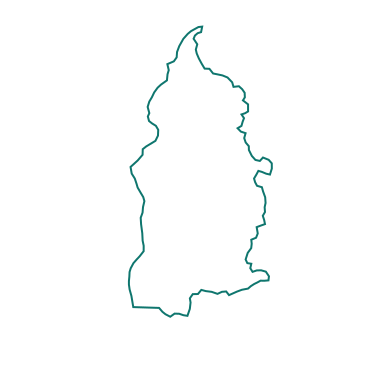 the district of Buriti de Goiás, Goiás, Brazil, rotated 316°
{"feature_id": "56859067B41653153753174", "entity_name": "Buriti de Goiás", "entity_type": "district", "adm_level": 2, "iso_a3": "BRA", "parent_name": "Brazil", "parent_adm1": "Goiás", "projection": "orthographic", "projection_center": [-50.442, -16.168], "detail": "fine", "context": "isolated", "style": "outline", "palette": "teal", "viewbox_px": 384, "rotation_deg": 316, "n_neighbors": 0, "source": "geoboundaries", "source_scale": "gbopen_adm2", "svg_char_len": 2117}
<svg xmlns="http://www.w3.org/2000/svg" viewBox="0 0 384 384"><g transform="rotate(316 192 192)"><path d="M314.2,80.1L311.2,77.8L306.8,76.6L303.0,75.6L298.8,75.3L292.2,75.8L284.2,78.2L278.5,80.9L274.5,84.5L269.7,85.4L263.1,82.9L259.9,88.2L256.2,90.3L251.5,94.3L244.3,93.2L239.7,93.1L234.0,94.1L228.9,96.0L224.1,97.3L219.2,100.0L216.1,105.6L212.7,107.0L210.4,111.1L210.9,114.9L212.0,119.3L210.9,123.8L206.7,127.8L201.2,129.8L190.7,127.4L186.3,127.0L182.3,130.9L174.8,131.6L165.2,131.3L161.4,136.9L160.2,142.6L157.8,147.6L156.0,151.0L154.5,157.1L153.4,161.8L151.4,165.5L146.3,168.8L142.1,172.5L137.2,174.9L133.0,179.8L127.6,187.1L122.7,192.7L119.9,197.1L116.1,201.0L109.6,201.9L105.4,202.1L100.5,202.5L94.9,204.3L91.5,206.2L88.1,209.4L84.8,212.2L82.3,214.8L79.4,218.8L76.2,224.7L69.8,234.0L87.8,252.5L87.5,257.7L88.0,261.5L89.7,266.6L95.0,267.4L98.2,270.7L100.2,274.6L102.7,277.9L109.2,274.6L114.2,270.5L116.6,267.0L121.6,266.0L125.4,269.5L130.7,268.9L133.1,272.9L136.8,277.5L139.6,283.0L144.2,284.6L147.5,287.3L147.0,291.9L155.2,294.9L160.0,297.0L165.2,300.4L168.9,300.6L172.9,301.4L176.3,302.5L179.7,303.4L182.4,306.1L185.6,308.7L188.8,306.1L189.8,300.6L187.3,296.3L184.1,293.4L180.1,291.5L181.0,287.3L184.8,284.8L182.4,281.6L183.7,277.8L189.8,274.5L195.6,273.5L199.0,270.7L201.5,267.5L206.3,269.4L210.5,267.5L214.1,262.2L218.3,264.0L222.2,265.8L224.5,262.2L226.4,258.3L230.6,257.1L233.7,253.4L237.3,251.0L241.0,246.6L243.5,241.0L245.6,237.1L243.1,232.7L244.2,228.8L246.0,225.4L250.4,224.2L254.4,222.9L256.2,226.0L258.1,230.4L260.2,233.6L265.7,230.6L269.3,226.8L269.5,222.1L267.0,216.5L262.4,216.8L259.9,213.0L260.1,207.6L262.1,201.3L264.7,198.5L265.0,193.7L267.0,189.5L271.4,186.9L269.1,182.5L269.1,177.8L273.5,178.8L277.3,176.6L280.7,175.0L281.5,170.6L284.9,172.2L288.3,173.0L293.2,167.9L292.3,161.5L295.8,160.6L298.8,157.2L299.5,152.9L299.2,148.5L294.9,145.2L297.1,141.0L297.1,134.3L294.9,129.3L292.0,125.0L289.5,121.4L290.1,115.5L286.8,112.0L288.1,106.4L289.7,100.7L291.6,95.7L293.7,92.2L298.4,89.4L299.6,82.9L302.8,81.5L306.4,81.7L309.6,83.3L314.2,80.1Z" fill="none" stroke="#0f766e" stroke-width="2"/></g></svg>